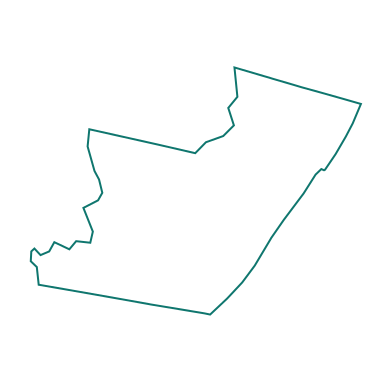 Worcester, Maryland, United States of America, rotated 16°
{"feature_id": "52423323B30792684212291", "entity_name": "Worcester", "entity_type": "district", "adm_level": 2, "iso_a3": "USA", "parent_name": "United States of America", "parent_adm1": "Maryland", "projection": "orthographic", "projection_center": [-75.327, 38.223], "detail": "fine", "context": "isolated", "style": "outline", "palette": "teal", "viewbox_px": 384, "rotation_deg": 16, "n_neighbors": 0, "source": "geoboundaries", "source_scale": "gbopen_adm2", "svg_char_len": 911}
<svg xmlns="http://www.w3.org/2000/svg" viewBox="0 0 384 384"><g transform="rotate(16 192 192)"><path d="M70.2,323.4L97.9,320.4L149.8,314.9L181.9,311.6L183.1,311.5L224.7,306.7L235.0,305.5L237.8,305.2L243.2,304.8L255.1,284.8L265.2,265.1L272.6,245.5L280.5,215.7L280.8,214.4L287.9,193.5L299.7,162.6L306.0,141.2L310.0,134.3L310.8,134.4L312.9,134.7L313.8,133.8L313.8,133.7L319.6,116.0L324.6,96.3L327.6,81.7L330.1,60.8L328.5,60.8L328.0,60.8L323.0,60.8L322.3,60.8L320.6,60.8L311.8,60.8L288.2,60.9L268.6,61.1L259.8,61.0L238.3,60.9L234.9,60.8L229.2,60.8L198.5,60.6L209.4,88.0L203.7,101.2L213.9,116.4L206.6,129.6L191.7,140.3L184.4,153.8L146.5,155.8L76.0,160.0L79.1,177.0L92.5,198.7L99.2,205.6L106.0,217.5L104.0,225.9L92.0,237.2L107.6,257.4L108.2,268.8L94.2,271.2L89.9,280.9L73.5,278.2L71.1,288.5L63.8,294.4L56.1,289.8L53.9,293.4L56.1,303.0L63.5,306.9L70.2,323.4Z" fill="none" stroke="#0f766e" stroke-width="2"/></g></svg>